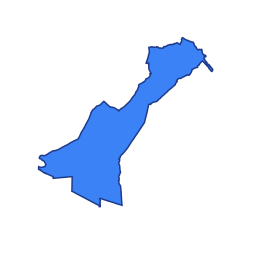 Podgoria, Buzau, Romania (Equal Earth projection), rotated 75°
{"feature_id": "2599482B62775264936185", "entity_name": "Podgoria", "entity_type": "district", "adm_level": 2, "iso_a3": "ROU", "parent_name": "Romania", "parent_adm1": "Buzau", "projection": "equal_earth", "projection_center": [26.994, 45.465], "detail": "fine", "context": "isolated", "style": "filled", "palette": "blue", "viewbox_px": 256, "rotation_deg": 75, "n_neighbors": 0, "source": "geoboundaries", "source_scale": "gbopen_adm2", "svg_char_len": 5335}
<svg xmlns="http://www.w3.org/2000/svg" viewBox="0 0 256 256"><g transform="rotate(75 128 128)"><path d="M134.0,221.5L134.7,221.3L134.9,220.7L135.4,220.1L136.0,219.7L137.1,219.2L137.4,218.7L137.5,218.3L138.8,217.4L141.8,216.8L143.7,218.0L143.5,218.4L143.7,219.4L143.9,219.7L143.6,220.7L143.7,221.5L143.3,222.7L142.9,223.6L142.2,224.2L143.1,224.7L144.9,225.0L145.0,224.7L145.6,224.0L145.6,223.5L146.0,223.7L149.7,220.5L149.5,220.2L149.9,219.8L150.1,219.9L151.1,218.7L150.9,218.6L153.2,215.9L155.5,213.0L157.2,213.3L160.5,194.5L168.3,196.7L174.6,198.6L175.4,197.5L178.6,194.2L195.8,175.6L196.3,176.0L196.5,176.1L196.8,175.3L196.1,174.9L195.9,174.9L195.7,175.1L195.5,174.9L195.2,174.7L194.5,174.7L194.1,174.9L192.9,174.1L192.7,174.4L191.7,174.1L190.8,173.4L190.2,173.7L189.9,173.4L189.7,173.3L189.1,173.7L188.8,173.0L192.7,167.1L196.9,160.3L197.2,160.1L201.1,153.8L196.6,153.0L187.9,151.2L182.4,150.3L182.0,150.3L181.2,150.5L180.9,150.5L180.3,150.7L180.1,150.9L179.1,151.0L177.5,150.9L176.9,150.5L176.8,150.4L176.7,150.2L176.4,150.2L176.1,150.4L176.0,150.2L175.4,150.2L174.8,149.6L174.6,149.6L173.8,149.5L173.2,149.6L172.3,149.4L171.2,148.6L171.2,148.4L170.2,147.9L169.8,147.4L169.3,147.1L168.9,146.7L166.4,146.6L162.3,145.8L161.7,145.8L160.9,146.0L159.4,146.1L159.2,146.0L158.3,145.0L158.1,144.9L157.5,144.6L156.8,144.4L156.5,144.2L156.1,144.7L156.0,144.8L155.4,144.9L155.1,144.7L154.9,144.3L155.0,143.9L154.9,143.7L154.3,143.1L154.1,143.0L153.4,142.9L153.2,142.6L151.8,140.4L151.4,139.5L149.8,137.1L149.2,136.4L147.3,133.7L142.2,128.2L139.5,124.8L138.9,124.3L136.4,121.4L136.2,121.1L135.7,120.5L127.0,110.7L116.9,105.1L114.9,104.2L114.3,103.8L111.3,102.3L110.5,101.7L110.5,101.3L110.5,101.0L111.1,100.2L110.1,98.5L109.7,97.3L109.8,93.6L109.6,93.0L109.5,92.6L108.9,91.8L108.1,90.4L107.9,89.6L107.6,89.1L106.2,86.9L105.8,85.8L103.6,81.8L103.2,80.7L102.7,79.9L102.4,79.8L102.2,79.2L101.6,78.1L101.6,77.7L100.9,76.5L100.8,76.0L100.4,75.2L100.0,74.6L98.6,71.5L98.4,71.2L97.7,70.8L97.1,70.3L95.7,68.4L94.6,68.7L93.3,66.3L93.3,65.8L93.7,64.7L93.7,64.0L93.6,63.6L93.0,62.4L93.0,60.9L92.6,59.8L92.4,57.9L92.0,57.7L91.8,57.5L91.9,57.0L92.3,56.7L92.4,56.2L92.8,55.8L92.9,55.6L92.8,55.2L92.5,54.9L92.0,54.0L90.4,52.4L89.0,51.3L88.3,51.2L88.1,51.1L87.9,49.8L87.4,47.9L87.4,47.2L87.4,45.1L86.1,44.4L85.7,44.1L85.6,43.9L85.5,42.9L84.3,42.0L83.9,41.2L83.2,40.2L82.5,38.7L84.4,37.6L85.8,36.9L86.0,36.7L86.6,36.6L86.8,36.2L87.5,36.0L87.7,35.8L88.0,35.8L88.3,35.6L88.5,35.6L88.6,35.4L88.6,35.2L89.0,35.0L89.4,34.8L89.7,34.8L90.9,34.5L92.4,33.9L92.9,33.5L93.3,33.5L94.9,32.7L95.1,32.4L94.7,31.7L94.4,31.6L94.2,31.4L93.9,31.3L93.6,31.0L92.2,31.4L90.2,32.4L90.0,32.5L89.6,33.0L89.4,32.7L89.1,32.7L89.0,32.9L88.0,33.3L87.7,33.5L87.4,33.6L87.3,33.8L87.2,34.0L87.4,34.0L87.5,34.3L87.4,34.5L86.7,34.9L86.2,35.2L85.6,34.8L85.3,34.8L84.7,35.0L84.7,35.5L84.2,35.5L84.2,35.9L83.4,35.9L82.2,36.1L81.7,36.3L81.3,36.3L81.1,36.8L80.7,36.9L80.0,36.4L79.7,36.3L79.4,35.9L79.0,35.8L79.0,35.7L79.3,35.6L79.3,35.2L79.0,35.0L79.3,34.4L79.2,34.3L78.5,34.1L78.4,34.2L78.5,35.0L78.4,35.1L78.2,35.1L77.7,34.8L77.6,35.4L77.0,35.6L76.9,36.0L76.3,36.3L74.7,36.8L74.0,36.8L73.3,36.5L72.2,36.6L71.2,36.4L71.0,36.7L71.0,36.9L71.3,37.4L70.6,38.4L70.5,39.3L70.7,39.7L70.5,39.9L70.4,40.4L69.0,41.1L67.4,41.3L66.2,42.2L64.8,42.4L64.4,42.5L63.2,42.7L62.2,42.6L61.4,44.2L61.0,44.7L60.6,45.0L60.5,45.9L60.0,46.3L59.6,46.7L59.1,47.0L58.9,47.8L58.2,48.5L58.0,49.0L57.4,49.5L56.3,50.6L55.5,51.2L55.0,51.8L54.9,52.2L54.9,52.3L55.1,52.5L55.9,52.9L56.1,53.4L56.9,53.2L57.5,53.5L58.5,54.1L58.8,54.5L59.1,54.6L59.3,55.0L59.8,55.5L60.7,55.9L60.6,56.3L60.2,56.8L59.1,57.7L58.9,58.0L58.6,58.2L58.4,58.5L58.4,59.0L58.6,60.0L58.6,60.5L58.5,61.0L58.7,61.4L58.5,61.6L58.5,62.2L58.8,62.9L58.8,63.2L58.9,63.8L58.9,64.0L58.6,64.2L58.6,64.5L58.6,64.8L58.5,65.0L58.3,65.3L58.5,65.8L58.3,66.2L58.4,67.0L58.3,67.9L58.4,68.2L58.4,68.6L58.6,68.9L58.8,69.7L59.0,70.4L58.9,70.7L59.0,71.1L58.6,72.2L58.9,72.4L59.3,72.8L59.5,72.8L59.8,73.1L59.6,74.2L59.7,74.9L59.5,75.4L59.0,76.2L58.9,76.9L58.5,77.8L57.5,78.1L57.7,78.5L57.0,79.2L57.3,79.6L57.3,80.1L57.2,80.4L57.0,80.8L57.0,81.1L56.7,81.5L56.6,81.9L56.7,82.2L56.6,82.8L56.1,83.4L55.8,83.5L55.7,83.7L55.7,84.4L55.6,84.7L55.7,84.9L55.7,85.4L55.6,85.7L55.6,85.9L55.8,86.3L55.6,87.0L60.5,87.8L61.9,88.7L65.2,90.5L70.0,93.7L70.1,93.3L70.4,93.1L70.5,92.8L70.6,92.7L70.5,92.4L70.5,92.0L70.3,91.6L70.4,91.3L73.2,91.8L75.1,92.3L76.7,92.5L77.4,92.5L81.4,91.5L81.1,92.4L81.1,92.7L81.2,92.8L81.3,92.9L82.5,92.9L82.9,93.0L83.6,93.4L83.9,93.8L85.0,95.8L85.2,96.4L85.1,97.7L87.0,99.4L87.2,99.7L87.7,101.7L88.2,102.7L88.6,105.3L89.0,106.2L89.4,106.6L91.3,107.2L92.1,108.0L93.3,108.7L94.7,110.2L95.2,111.0L97.4,112.5L99.1,115.1L101.2,117.6L102.0,118.4L103.6,121.0L106.7,126.7L107.7,130.2L109.1,132.5L108.1,132.8L108.2,133.1L107.5,133.6L105.0,135.9L104.1,137.3L103.6,138.6L103.4,139.1L102.7,139.8L102.3,140.4L101.7,140.8L96.3,144.1L96.0,144.6L97.5,147.3L98.6,149.0L98.8,152.6L100.9,156.0L101.0,156.9L101.9,158.0L103.5,159.7L104.6,160.2L109.3,163.6L110.6,164.9L113.6,167.8L116.4,170.3L118.2,172.1L120.1,174.2L124.2,177.5L125.9,179.5L126.3,182.6L127.5,187.9L128.3,190.1L129.5,196.0L130.7,200.4L130.9,202.4L131.0,203.3L130.7,206.4L130.8,206.9L131.4,209.4L132.9,214.0L133.2,215.8L132.6,217.0L132.0,219.1L132.4,220.3L134.0,221.5Z" fill="#3b82f6" stroke="#1e3a8a" stroke-width="1.5"/></g></svg>